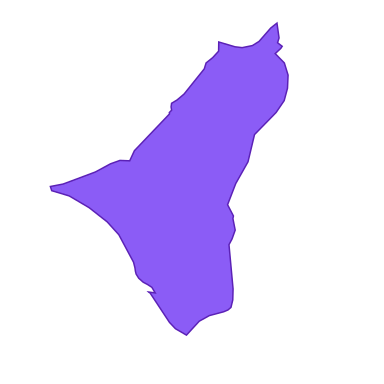 SVG path tracing the border of Western, rotated 72°
{"feature_id": "SLE-761", "entity_name": "Western", "entity_type": "Province", "adm_level": 1, "iso_a3": "SLE", "parent_name": "Sierra Leone", "parent_adm1": "", "projection": "natural_earth1", "projection_center": [-13.113, 8.336], "detail": "fine", "context": "isolated", "style": "filled", "palette": "violet", "viewbox_px": 384, "rotation_deg": 72, "n_neighbors": 0, "source": "natural_earth", "source_scale": "10m", "svg_char_len": 1000}
<svg xmlns="http://www.w3.org/2000/svg" viewBox="0 0 384 384"><g transform="rotate(72 192 192)"><path d="M273.7,264.2L276.6,258.2L270.3,259.6L266.3,262.8L262.7,266.3L257.6,269.3L252.8,270.5L249.8,270.3L246.5,269.7L240.7,269.3L210.0,274.8L194.2,281.9L175.1,294.7L157.8,310.0L147.4,325.0L143.0,325.0L144.6,312.2L143.1,277.8L140.0,260.8L139.7,250.8L143.1,241.6L134.9,234.0L110.8,189.3L109.4,189.0L107.9,186.1L104.6,185.6L101.3,184.0L99.9,177.9L96.4,169.3L78.7,142.3L73.6,138.7L70.6,130.8L66.3,123.2L57.6,120.2L67.2,106.2L70.2,99.7L71.4,89.3L69.5,81.7L60.4,66.5L57.6,59.0L72.4,61.6L76.5,64.5L81.3,61.2L82.9,63.2L86.1,70.1L97.8,64.3L110.5,64.5L122.8,69.1L133.6,76.1L142.4,87.5L156.7,114.8L180.6,129.4L197.5,147.8L215.1,162.1L227.6,160.0L229.9,161.3L241.6,162.7L249.0,168.4L253.5,173.1L296.9,182.9L307.3,186.6L313.8,190.6L315.3,194.2L315.7,198.9L314.9,213.7L317.1,225.0L326.4,241.5L316.9,250.0L309.1,253.7L275.0,263.1L273.9,264.1L273.7,264.2Z" fill="#8b5cf6" stroke="#5b21b6" stroke-width="1.5"/></g></svg>